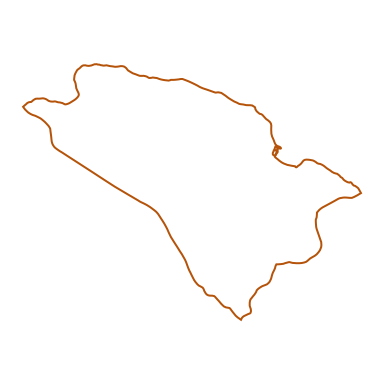 the district of Bolungarvíkurkaupstaður, Vestfirðir, Iceland
{"feature_id": "244011B6311767935335", "entity_name": "Bolungarvíkurkaupstaður", "entity_type": "district", "adm_level": 2, "iso_a3": "ISL", "parent_name": "Iceland", "parent_adm1": "Vestfirðir", "projection": "mercator", "projection_center": [-23.321, 66.137], "detail": "fine", "context": "isolated", "style": "outline", "palette": "amber", "viewbox_px": 384, "rotation_deg": 0, "n_neighbors": 0, "source": "geoboundaries", "source_scale": "gbopen_adm2", "svg_char_len": 5590}
<svg xmlns="http://www.w3.org/2000/svg" viewBox="0 0 384 384"><path d="M361.0,193.1L360.9,192.9L360.0,191.3L359.4,190.2L358.2,188.2L356.7,187.0L355.1,185.9L353.7,185.5L352.6,184.4L351.6,183.0L351.1,182.5L350.2,182.2L349.4,182.6L348.0,182.3L347.0,181.9L345.2,180.9L343.7,179.8L342.2,177.9L340.6,177.0L339.6,175.7L337.2,173.8L336.2,173.6L334.1,173.0L331.9,171.8L330.4,170.6L327.0,168.4L323.9,165.9L322.1,164.8L320.1,163.9L318.5,163.7L317.1,163.1L316.0,162.2L314.8,161.4L313.3,160.6L312.2,160.3L309.3,159.8L306.8,159.6L305.0,159.8L303.6,160.5L302.9,161.3L301.2,163.5L299.5,165.0L297.9,166.0L296.8,167.1L296.3,167.3L295.9,167.2L295.6,167.1L295.5,166.8L295.1,166.3L294.5,166.2L291.9,165.8L287.4,164.9L284.0,163.6L282.6,162.9L281.7,162.4L279.2,160.6L277.4,159.0L276.2,158.1L275.2,157.2L274.8,156.7L275.6,155.1L275.8,155.1L276.0,154.8L276.5,153.6L277.4,152.6L277.6,152.1L277.7,151.8L277.6,149.1L277.3,149.1L277.4,151.9L277.4,152.0L277.2,152.2L276.9,152.5L276.5,152.4L275.5,154.5L275.4,154.8L275.0,155.5L274.6,155.6L274.3,155.5L274.0,155.3L273.5,155.1L273.2,154.9L273.0,154.6L272.8,154.1L272.8,153.7L272.8,153.1L273.3,151.8L273.8,150.4L276.3,150.5L276.3,150.2L274.2,150.0L275.3,146.8L278.9,148.4L279.2,147.9L279.2,147.5L279.7,147.9L279.7,148.2L280.2,148.6L280.6,148.6L280.9,148.4L280.9,148.2L280.7,147.6L279.6,146.8L278.3,146.3L277.5,146.1L276.9,145.7L276.0,144.9L275.4,144.2L274.9,143.3L273.5,139.6L272.1,136.5L271.4,133.8L271.2,129.7L271.3,125.4L270.9,123.5L269.9,122.0L268.1,120.4L266.1,119.0L262.3,114.8L261.1,114.1L259.7,113.8L259.0,113.3L256.7,111.3L255.5,109.4L255.0,107.3L254.3,106.8L252.3,105.5L250.2,105.2L249.5,105.2L248.2,105.2L246.1,105.1L243.3,104.5L240.1,104.1L238.8,103.7L237.2,102.8L234.2,101.5L232.0,100.2L228.6,98.1L225.5,95.7L221.3,92.9L218.2,92.3L215.6,92.6L214.8,92.4L211.1,91.1L207.1,89.7L204.3,88.8L202.6,88.2L199.6,86.9L198.0,85.9L194.9,84.3L191.6,82.7L188.5,81.3L185.7,80.2L182.5,79.0L180.8,79.0L178.6,79.4L174.9,79.8L172.7,79.9L170.9,79.9L170.1,80.2L168.6,80.6L167.0,80.4L165.1,80.2L163.8,80.0L162.7,79.8L161.2,79.5L160.5,79.3L159.1,78.9L156.8,78.0L155.6,77.9L153.4,77.6L152.8,77.5L151.5,77.8L149.8,78.0L148.7,77.8L146.8,76.6L145.5,76.2L143.6,75.8L142.2,75.9L141.1,75.9L139.6,75.8L138.0,75.2L135.7,74.3L132.8,73.3L130.1,71.7L128.0,70.4L126.1,68.0L124.4,66.7L122.7,66.2L120.8,66.1L117.9,66.6L115.6,66.8L114.4,66.7L112.7,66.4L110.0,66.1L106.5,65.3L104.1,65.6L103.2,65.6L101.9,65.3L100.9,65.2L99.2,64.6L98.0,64.6L96.7,64.2L94.5,64.3L93.1,64.8L91.3,65.5L88.8,65.9L86.9,65.7L85.3,65.3L83.9,65.3L82.7,65.6L81.6,66.3L79.5,68.3L77.7,69.6L76.9,70.5L75.5,73.1L74.6,75.2L74.2,78.4L74.1,79.9L74.9,81.6L75.5,83.2L75.9,85.4L76.2,87.6L76.3,88.3L77.4,90.8L78.4,92.8L78.8,94.2L78.7,95.4L78.3,96.2L77.5,97.3L76.5,98.3L75.5,99.2L74.3,100.1L71.4,101.9L69.3,103.2L67.5,103.9L66.1,104.3L65.1,104.4L64.2,104.0L62.5,103.1L61.3,102.8L59.7,102.4L58.2,102.3L56.8,101.9L55.7,101.5L54.6,101.4L53.1,101.6L52.1,101.6L50.8,101.5L49.3,101.1L48.4,100.7L47.8,100.3L47.3,99.9L45.7,99.0L44.5,98.6L43.0,98.3L42.6,98.3L41.1,98.5L40.0,98.6L39.0,98.7L38.3,98.7L37.3,98.6L35.6,98.8L34.3,99.5L33.1,100.3L32.7,100.7L31.4,101.8L31.0,102.0L30.3,102.0L29.2,102.2L28.7,102.3L27.3,103.0L26.2,104.1L24.4,105.6L23.1,106.8L24.7,109.0L25.1,109.5L26.7,111.1L28.2,112.5L29.0,113.0L30.6,114.0L32.5,114.9L35.3,115.8L37.6,116.9L39.8,118.0L41.1,118.8L42.7,120.1L44.9,122.0L46.8,124.0L48.6,126.0L49.7,127.7L50.2,128.8L50.6,132.1L51.2,136.6L51.4,138.7L51.7,141.4L52.3,143.6L53.1,145.2L54.1,146.7L55.4,148.0L57.4,149.5L59.9,151.2L62.1,152.5L66.7,155.5L78.0,162.8L92.2,172.0L105.7,180.8L110.5,183.9L114.7,186.6L117.2,188.1L129.7,195.5L130.6,196.0L137.9,200.3L140.3,201.8L144.3,203.7L147.1,205.2L148.7,206.2L150.7,207.5L154.4,210.3L156.1,211.7L157.9,213.7L159.7,216.4L161.0,218.5L161.7,219.5L164.0,223.1L165.4,225.6L166.0,226.7L167.3,229.2L168.8,232.7L170.9,237.0L172.4,239.4L173.9,241.8L177.7,247.7L179.8,251.1L181.8,254.1L183.0,256.2L183.7,257.4L185.1,259.9L186.2,262.4L187.2,265.2L188.2,267.9L189.2,270.3L190.5,272.8L191.0,273.9L192.6,277.1L194.2,280.2L195.4,281.9L197.4,284.3L199.0,285.7L200.3,286.3L202.6,287.6L203.3,288.5L203.8,289.5L204.3,291.0L205.8,293.5L206.9,294.6L208.2,295.3L209.5,295.6L212.4,295.7L214.2,296.1L215.1,296.8L216.1,298.0L219.0,301.2L221.2,303.8L222.7,305.3L224.0,306.5L226.0,307.4L229.5,308.0L230.4,308.9L231.2,310.0L232.6,311.9L234.0,313.6L235.7,315.7L237.5,317.3L241.0,319.8L242.0,317.8L242.6,317.1L243.3,316.6L243.6,316.3L245.2,315.5L246.9,314.7L248.3,314.0L249.8,313.5L250.5,312.9L250.8,312.0L251.0,311.0L250.9,310.2L250.8,309.1L250.4,307.9L249.7,305.8L249.7,304.7L249.7,302.7L250.0,300.9L250.5,299.4L251.8,297.8L252.8,296.5L254.4,294.6L255.7,292.7L256.2,291.8L256.7,290.4L257.5,289.5L258.4,288.7L259.6,287.8L261.5,286.6L262.4,286.1L265.6,284.9L267.0,284.3L268.5,283.0L269.5,281.9L270.2,280.6L271.1,278.7L272.0,275.2L272.8,272.8L274.1,270.3L275.0,268.2L275.5,266.1L276.4,264.3L278.3,264.3L281.0,264.1L283.3,263.8L285.0,263.2L288.6,262.2L289.5,262.1L290.9,262.5L292.5,262.9L296.4,263.2L299.6,263.2L301.8,263.0L304.2,262.5L306.0,261.9L307.3,261.0L308.3,260.1L310.1,258.5L312.1,257.3L314.6,255.9L316.7,254.3L318.6,252.1L320.0,250.1L320.9,247.8L321.2,247.0L321.4,245.0L321.2,242.0L320.8,241.0L319.9,238.4L318.6,234.6L316.7,229.1L316.2,227.1L315.9,223.6L315.8,221.4L315.8,219.7L316.2,218.6L316.6,217.5L316.8,215.8L317.0,212.5L317.7,211.7L319.1,210.1L320.7,208.7L322.4,207.5L329.3,203.8L333.9,201.3L338.3,198.8L339.8,198.2L341.4,197.9L343.1,197.6L344.8,197.5L346.8,197.6L350.1,197.9L351.8,197.9L354.0,197.0L354.2,196.9L357.3,195.3L359.1,194.2L361.0,193.1Z" fill="none" stroke="#b45309" stroke-width="2"/></svg>